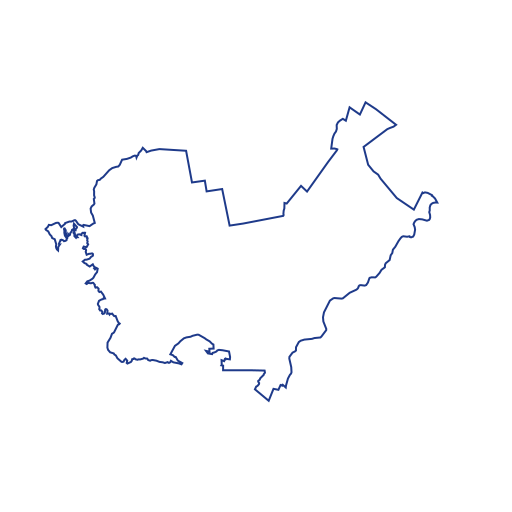 Valea Calugareasca, Prahova, Romania (Equal Earth projection), rotated 250°
{"feature_id": "2599482B81311805596986", "entity_name": "Valea Calugareasca", "entity_type": "district", "adm_level": 2, "iso_a3": "ROU", "parent_name": "Romania", "parent_adm1": "Prahova", "projection": "equal_earth", "projection_center": [26.171, 44.946], "detail": "fine", "context": "isolated", "style": "outline", "palette": "blue", "viewbox_px": 512, "rotation_deg": 250, "n_neighbors": 0, "source": "geoboundaries", "source_scale": "gbopen_adm2", "svg_char_len": 5989}
<svg xmlns="http://www.w3.org/2000/svg" viewBox="0 0 512 512"><g transform="rotate(250 256 256)"><path d="M244.2,444.6L248.8,443.9L252.0,442.4L252.4,441.9L253.0,442.2L256.6,438.9L258.0,436.5L257.9,434.6L258.7,434.1L245.6,420.2L262.3,408.1L286.1,399.5L290.7,398.6L295.3,395.4L303.4,392.6L321.7,394.4L330.3,422.8L330.5,425.8L330.5,429.5L331.4,432.5L353.0,418.9L362.9,411.5L353.4,402.0L363.7,394.8L352.4,386.7L355.2,384.5L354.5,381.2L353.5,378.7L351.5,376.6L347.8,375.4L345.6,373.7L344.2,371.6L342.2,369.7L340.0,368.0L331.2,363.4L330.1,366.6L328.8,368.5L328.4,368.9L327.6,368.1L319.7,355.9L299.1,326.0L306.5,322.3L294.8,302.8L296.1,300.9L291.0,298.9L289.1,297.5L286.1,296.1L285.1,296.0L284.4,295.3L290.9,254.9L293.6,241.6L330.5,247.1L333.6,231.7L344.3,233.7L347.0,221.0L378.8,226.3L389.5,201.8L390.9,193.6L391.0,188.7L392.2,188.6L396.4,186.6L394.4,184.2L392.9,181.0L391.2,179.8L390.8,178.7L389.4,177.4L391.2,177.6L391.8,176.4L391.8,174.2L391.3,172.0L391.4,167.9L392.3,163.1L388.3,159.2L387.2,157.2L387.6,155.1L387.8,151.0L386.8,147.4L382.6,139.6L381.8,136.7L381.0,135.2L381.3,133.4L380.9,132.3L377.9,130.5L375.4,127.4L374.0,126.3L372.1,126.0L368.4,124.6L366.2,124.5L365.6,124.1L365.1,123.1L360.5,122.1L359.8,121.2L358.8,118.5L357.1,116.8L353.2,115.9L349.8,116.5L342.2,115.8L342.1,114.0L341.0,109.8L344.2,104.6L344.0,104.0L342.7,103.7L346.6,99.9L350.8,98.8L351.6,98.2L351.7,97.4L351.5,94.5L352.2,92.4L352.2,87.9L351.6,87.6L349.8,82.9L354.6,81.8L355.0,81.3L355.5,79.4L355.0,74.1L356.1,72.0L354.6,70.4L353.3,67.4L352.3,67.6L350.2,69.2L346.8,69.6L344.6,70.6L342.6,70.6L340.6,72.6L335.3,72.3L333.5,71.3L331.8,71.0L331.3,71.3L330.4,71.1L328.9,71.9L332.2,73.3L333.8,75.5L333.9,75.0L334.8,74.9L337.1,77.1L336.4,77.8L337.1,77.5L337.9,77.8L337.9,78.7L337.3,79.5L336.5,80.3L335.6,80.6L335.4,81.9L335.6,83.3L336.8,83.9L337.1,84.6L338.3,84.7L338.3,84.0L340.5,83.4L343.3,83.8L345.3,84.6L347.1,84.8L347.5,85.3L347.4,85.6L345.3,86.0L342.9,85.1L341.9,85.3L341.1,84.9L338.6,85.8L339.2,86.9L340.4,87.2L339.3,87.6L339.5,88.4L341.1,89.4L342.3,91.3L343.5,92.1L343.8,93.9L344.7,94.7L346.9,95.0L348.6,96.0L344.4,97.7L343.8,97.3L343.1,95.9L341.9,95.3L342.8,93.6L340.4,93.5L340.2,92.5L339.7,92.5L339.1,93.3L337.9,92.5L337.5,92.4L337.5,92.8L336.7,92.2L334.6,93.1L335.0,93.7L334.7,94.7L336.3,94.2L337.1,95.9L336.8,97.4L335.4,99.1L336.6,99.7L337.1,101.0L337.0,101.4L336.6,101.7L336.6,102.7L336.3,103.3L333.7,101.7L332.8,102.1L332.5,103.6L331.4,103.7L330.7,103.3L330.2,103.8L328.5,102.7L327.3,102.8L325.8,101.8L324.4,102.3L322.4,100.0L322.5,99.3L323.8,97.3L322.5,96.0L321.6,96.5L320.8,98.2L320.3,98.4L319.2,98.2L318.2,97.4L315.1,97.3L315.2,99.9L314.9,100.5L314.5,102.9L313.9,103.4L312.7,103.2L312.0,102.7L311.6,100.7L310.4,98.7L310.5,95.6L311.0,94.0L310.1,91.3L308.0,92.4L306.6,94.0L305.7,94.0L303.0,96.1L304.0,99.8L302.1,100.0L300.8,100.5L300.0,101.3L299.7,99.7L298.5,100.1L299.3,101.8L298.2,102.9L295.2,101.1L293.7,98.6L291.2,95.8L290.6,94.6L289.8,91.2L289.9,88.8L288.5,86.6L287.6,87.3L288.1,89.1L286.8,91.6L286.8,93.0L286.4,93.9L283.9,94.7L283.4,94.3L281.3,94.3L281.0,94.6L281.1,95.9L280.7,96.2L279.1,96.9L277.2,96.0L275.7,96.5L275.6,98.1L272.0,99.2L267.7,99.6L268.0,98.3L268.3,98.1L267.8,97.3L268.0,96.0L267.6,93.2L265.1,91.0L264.2,90.9L261.9,91.5L260.4,91.1L259.8,90.5L258.1,90.9L257.8,91.9L256.1,92.6L254.8,91.7L253.9,92.2L253.9,93.9L254.5,94.6L257.3,96.0L257.5,96.8L256.8,97.5L255.4,97.8L252.7,96.4L252.2,98.3L251.1,98.4L251.6,99.2L251.1,100.1L251.1,101.1L248.2,102.1L247.8,102.6L247.6,103.6L242.2,103.7L240.1,104.1L239.1,104.8L238.7,104.2L238.6,102.6L232.9,96.6L232.5,95.8L232.2,94.1L228.9,91.3L225.4,86.9L220.7,85.0L218.4,84.9L215.4,86.0L213.1,89.0L211.9,89.2L210.5,90.3L207.3,90.8L202.7,93.3L202.2,93.9L202.0,95.4L203.3,96.7L204.0,98.3L201.7,99.2L199.7,97.9L198.9,98.4L199.2,102.2L199.9,103.3L201.4,104.4L201.1,105.5L201.5,106.0L201.3,106.8L200.1,107.5L199.0,109.2L199.1,110.1L198.4,111.9L198.2,114.9L198.6,115.9L197.6,116.9L196.8,118.7L195.1,119.1L193.8,120.7L194.0,121.8L193.6,123.4L191.7,126.6L189.5,129.1L188.0,132.0L186.6,133.8L186.5,136.7L185.6,137.2L185.3,138.2L185.6,139.2L186.6,140.2L184.4,141.9L181.4,146.9L179.7,148.9L180.6,150.1L184.4,146.8L188.6,146.0L189.0,145.0L191.2,144.0L192.9,141.9L199.3,149.1L200.4,153.2L201.8,155.8L203.3,160.1L203.3,162.8L202.5,166.9L202.7,169.1L202.2,173.9L201.6,175.2L196.3,179.7L194.7,180.7L191.6,183.3L188.7,184.6L187.4,185.7L183.5,184.5L184.8,180.4L182.0,179.6L183.9,176.6L180.9,177.5L178.8,181.2L179.8,182.1L179.6,184.0L179.8,186.1L180.5,187.4L180.5,189.0L178.9,192.3L175.5,198.0L169.9,197.1L167.8,196.1L169.4,193.1L170.0,192.4L169.3,191.9L169.7,191.4L168.1,190.1L169.9,188.0L165.5,186.6L165.1,186.1L164.2,187.6L159.9,186.0L150.0,213.1L145.4,224.9L143.3,224.5L142.3,222.9L141.7,222.6L139.6,218.1L138.5,217.2L137.9,215.4L137.2,215.1L135.5,215.5L134.5,214.9L133.4,212.9L133.2,211.5L131.1,209.4L115.6,218.4L125.2,227.0L122.6,231.3L126.4,235.0L126.4,235.3L125.2,236.2L125.8,237.1L122.3,239.0L123.9,239.8L129.9,244.1L132.7,247.2L133.5,248.7L134.6,249.6L139.5,251.1L148.2,252.2L149.8,252.9L152.7,257.3L153.0,259.9L153.5,261.2L156.6,262.4L160.5,266.8L161.1,269.0L160.9,272.9L159.0,280.2L158.9,282.9L157.4,288.7L158.0,290.0L162.3,296.6L163.5,297.1L171.4,296.9L175.5,298.0L179.8,300.6L188.8,310.2L189.8,314.0L189.7,315.3L186.7,321.8L186.5,323.1L189.4,331.5L190.0,338.7L190.4,340.0L191.1,341.1L192.5,342.2L193.0,343.2L192.8,344.5L191.0,348.0L191.0,349.6L192.8,352.1L196.4,355.0L196.6,355.5L196.4,357.5L195.1,360.7L195.4,361.9L197.8,366.3L200.1,369.2L201.3,373.2L203.7,374.3L204.8,375.4L206.5,380.2L210.6,382.8L212.2,385.1L215.1,386.8L217.0,390.0L221.2,394.9L223.2,397.8L224.1,399.5L224.2,401.1L222.4,404.6L222.0,407.0L221.2,407.1L220.5,408.1L220.5,410.3L222.0,412.0L226.3,414.5L228.8,415.0L232.0,414.9L233.4,416.2L234.4,417.6L235.1,419.3L235.0,421.7L233.6,424.7L230.7,428.7L230.7,431.0L231.4,432.0L232.7,432.9L235.0,433.6L238.0,433.8L239.3,434.8L242.1,435.8L244.1,437.2L245.0,438.8L245.3,440.6L244.9,442.9L244.2,444.6Z" fill="none" stroke="#1e3a8a" stroke-width="2"/></g></svg>